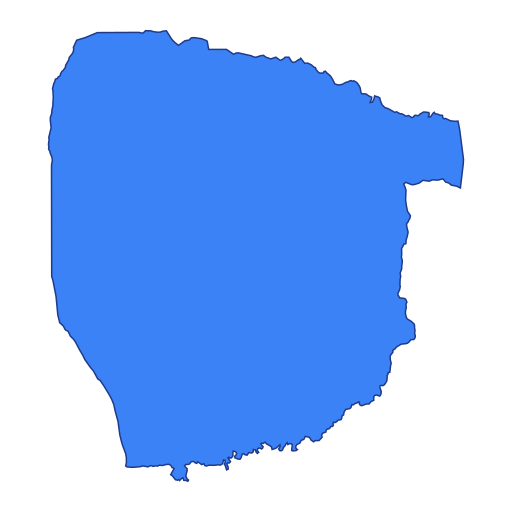 Kitui West, Eastern, Kenya
{"feature_id": "3690345B81121704285473", "entity_name": "Kitui West", "entity_type": "district", "adm_level": 2, "iso_a3": "KEN", "parent_name": "Kenya", "parent_adm1": "Eastern", "projection": "equal_earth", "projection_center": [37.929, -1.241], "detail": "fine", "context": "isolated", "style": "filled", "palette": "blue", "viewbox_px": 512, "rotation_deg": 0, "n_neighbors": 0, "source": "geoboundaries", "source_scale": "gbopen_adm2", "svg_char_len": 5958}
<svg xmlns="http://www.w3.org/2000/svg" viewBox="0 0 512 512"><path d="M458.0,121.1L455.2,121.3L450.5,120.8L445.6,118.5L444.4,118.7L443.3,118.4L442.7,117.1L442.5,115.4L439.9,115.1L437.5,114.1L435.1,113.7L434.2,112.3L433.1,113.2L430.9,116.4L429.5,117.1L428.4,116.9L429.2,114.7L428.9,112.6L425.6,112.1L423.6,112.0L419.9,114.1L418.9,115.3L417.5,115.7L415.7,115.2L414.4,115.6L413.2,117.2L411.9,117.6L408.5,115.5L407.0,116.0L405.5,116.0L403.8,114.8L401.5,113.7L400.2,113.8L396.5,111.8L394.8,112.4L388.3,108.7L384.9,107.6L382.1,104.9L380.2,100.1L379.9,98.1L378.5,97.1L374.6,95.9L373.9,99.3L372.3,102.2L370.1,102.5L371.7,98.6L371.6,97.1L368.9,96.0L365.9,93.9L361.9,93.8L361.0,92.7L360.2,88.0L359.4,86.2L357.5,83.3L356.3,82.2L353.9,80.8L352.4,81.3L351.3,80.6L350.1,80.8L347.3,82.1L345.9,82.3L342.6,84.2L339.5,84.9L337.7,84.9L334.7,83.8L332.5,79.2L330.5,76.0L326.7,72.8L325.4,71.2L324.0,71.5L323.2,73.1L320.0,73.1L318.9,72.6L318.0,71.9L316.1,69.5L315.4,67.6L314.3,67.4L311.4,64.9L307.8,63.1L304.7,63.3L300.7,58.2L299.7,59.4L298.4,59.7L295.8,61.7L294.1,62.3L292.5,62.3L291.1,60.8L288.9,57.2L285.1,57.2L283.9,58.5L280.8,60.3L279.7,60.0L275.9,57.2L271.2,58.8L269.8,58.6L265.3,56.9L263.5,55.3L260.4,55.8L255.8,57.3L253.0,56.7L251.4,55.8L238.6,52.9L235.9,53.0L234.8,53.8L233.5,54.2L226.5,49.4L208.7,49.4L207.2,41.2L205.7,40.3L201.2,38.6L194.0,37.6L191.2,37.9L189.0,40.1L185.0,40.7L178.4,45.4L174.3,42.0L171.7,39.2L166.4,30.8L162.8,31.2L160.2,32.1L157.5,32.2L153.6,31.7L150.7,30.8L145.5,30.7L143.3,32.9L141.1,33.0L139.1,32.4L97.3,32.6L85.2,37.6L76.7,40.2L73.4,47.3L73.7,49.4L73.2,51.8L72.4,53.5L69.2,57.5L68.8,59.8L65.6,65.3L65.5,67.1L63.2,70.5L62.0,71.3L60.6,73.7L60.2,75.8L58.3,76.8L57.4,78.5L56.2,78.7L55.3,79.4L54.6,82.1L53.9,83.2L52.5,88.7L52.9,90.3L53.3,97.6L52.9,103.0L52.9,105.8L52.0,109.6L51.7,113.4L50.3,117.5L50.3,120.5L51.1,127.8L48.8,137.3L49.1,139.8L48.6,142.9L48.5,145.1L48.9,147.1L48.6,148.6L49.1,150.2L49.9,151.3L50.3,153.5L51.7,156.6L52.2,159.0L52.3,161.0L51.6,164.2L51.5,167.7L51.7,276.5L52.9,280.3L56.0,296.1L57.8,314.9L59.7,322.7L63.3,325.9L65.1,329.5L66.1,330.4L67.4,330.8L68.3,331.7L70.4,336.2L73.5,339.2L75.5,342.1L79.5,349.7L82.8,355.3L84.8,359.5L90.6,367.7L93.3,370.7L97.8,379.0L100.2,380.5L104.2,386.4L109.7,395.5L111.7,399.4L113.8,404.6L115.1,410.8L118.0,421.4L119.8,434.8L121.4,441.4L122.5,445.1L125.7,453.7L126.3,457.3L126.4,462.5L125.7,466.0L127.0,466.9L131.5,467.3L134.7,467.2L140.1,466.7L143.1,465.9L147.9,466.9L150.4,465.7L151.9,465.8L152.9,466.4L156.0,465.8L157.8,466.1L159.2,465.2L162.3,465.5L166.6,464.4L169.0,464.3L171.0,465.5L172.0,467.6L173.1,467.8L174.1,468.5L170.7,474.7L172.4,475.8L175.4,479.7L177.4,480.2L178.5,479.5L179.5,480.6L181.5,478.5L182.9,477.8L183.8,480.4L185.9,480.4L187.8,481.3L188.5,480.1L187.2,479.0L186.0,476.8L186.1,474.5L187.2,470.4L187.1,468.7L184.5,466.0L185.6,464.6L188.2,464.4L189.6,463.9L191.4,461.6L194.1,461.6L195.2,462.9L196.8,463.4L197.5,461.9L198.7,462.4L201.7,464.6L203.9,463.7L204.8,465.6L206.5,466.0L208.9,465.2L214.2,465.3L218.5,464.8L219.8,465.1L221.1,464.8L222.6,463.6L223.6,459.9L225.1,460.3L225.2,462.1L224.3,464.2L225.3,465.7L226.6,469.9L228.2,469.1L228.1,466.9L227.4,465.4L226.9,463.6L228.2,462.9L229.5,462.9L230.5,461.6L227.9,457.8L228.9,457.2L229.9,458.0L231.2,458.0L232.4,456.8L233.0,455.2L232.9,452.7L233.1,451.1L234.5,451.3L235.9,452.1L236.7,453.7L235.8,455.3L234.6,456.3L234.9,457.8L238.3,459.2L240.1,459.2L241.1,457.7L242.3,454.0L243.7,453.7L244.6,454.6L247.0,455.2L248.8,452.6L251.8,453.0L253.3,451.8L253.3,449.5L255.4,449.8L255.9,451.7L257.3,453.4L258.7,452.3L257.3,450.6L257.7,448.6L258.8,448.1L260.3,448.2L261.6,449.0L262.7,448.0L263.1,446.5L261.8,445.5L261.0,443.7L262.0,443.1L263.0,443.5L265.2,442.2L266.4,443.8L270.2,445.9L271.5,447.0L272.1,449.5L275.8,448.3L279.9,444.8L280.1,446.6L278.6,449.0L279.8,450.7L281.2,450.8L282.5,450.0L283.5,447.5L285.0,445.8L286.0,443.9L287.2,442.7L287.8,444.5L289.6,443.7L290.9,443.7L292.1,444.3L292.2,446.3L291.8,448.2L291.7,450.5L292.8,450.9L296.0,450.6L297.4,449.6L295.8,448.1L295.8,446.3L296.8,444.6L299.8,443.1L301.4,440.1L302.8,439.9L304.1,439.0L305.1,436.4L309.4,437.3L311.1,440.1L313.6,441.8L315.0,440.7L319.1,440.5L322.1,437.2L321.7,434.9L322.6,433.2L325.9,432.0L326.2,430.0L327.6,428.9L328.7,428.9L329.8,428.2L330.7,426.6L332.6,426.3L333.4,425.2L332.9,423.6L333.6,422.2L334.9,422.6L336.5,421.8L338.3,420.0L340.9,419.7L341.7,418.3L342.0,416.0L343.6,414.9L344.0,412.2L345.7,409.4L349.7,408.6L350.9,407.6L351.9,404.6L353.1,404.9L354.7,403.7L357.3,402.8L358.3,401.9L359.4,402.2L359.3,404.0L360.4,405.3L361.7,405.7L366.2,404.0L369.0,404.0L371.0,401.6L373.8,400.3L373.7,396.8L374.7,395.4L376.5,395.0L379.7,396.1L380.4,395.2L381.1,393.5L381.2,391.2L379.9,387.6L379.9,386.1L381.2,385.3L382.7,385.7L384.1,385.0L385.1,383.8L386.8,380.9L387.2,377.3L387.1,375.6L388.0,374.1L388.2,372.6L389.8,372.3L390.6,365.5L391.2,363.3L390.3,359.8L390.2,355.8L392.8,352.3L392.9,350.3L395.2,348.7L396.4,347.1L400.1,344.8L401.5,344.1L406.2,343.6L407.6,343.1L409.0,342.0L410.9,339.7L413.8,339.5L414.7,338.4L415.3,336.7L415.2,335.2L414.7,333.8L415.0,330.0L414.5,327.9L414.6,325.9L414.2,324.1L411.2,321.3L407.5,319.1L406.6,318.0L405.8,315.3L405.4,313.4L405.6,310.4L406.2,308.3L406.3,306.9L405.9,305.2L406.2,303.6L406.9,302.1L405.7,299.3L404.7,298.5L399.4,297.8L398.9,296.3L397.8,294.9L398.2,292.7L399.5,290.1L400.3,286.3L399.9,285.0L400.1,279.3L400.7,276.3L400.1,273.1L401.7,268.9L401.7,266.4L402.3,262.1L402.2,260.0L401.6,258.2L401.4,256.6L401.7,254.8L401.6,248.5L403.2,245.7L403.7,244.2L405.9,243.7L406.1,240.2L407.3,236.2L408.1,232.1L406.7,226.4L406.6,223.7L408.1,221.9L408.7,220.3L409.9,218.3L410.4,215.7L407.5,211.3L406.3,205.3L405.6,199.9L406.0,190.3L405.1,187.2L403.7,184.1L405.6,182.3L411.8,184.7L414.2,184.6L419.1,183.1L423.0,180.3L429.4,181.2L432.2,179.9L438.0,180.1L442.2,179.0L443.3,179.2L445.7,182.1L448.8,183.0L451.2,185.1L456.7,186.2L460.4,188.0L463.3,163.5L463.5,159.3L459.7,129.8L458.0,121.1Z" fill="#3b82f6" stroke="#1e3a8a" stroke-width="1.5"/></svg>